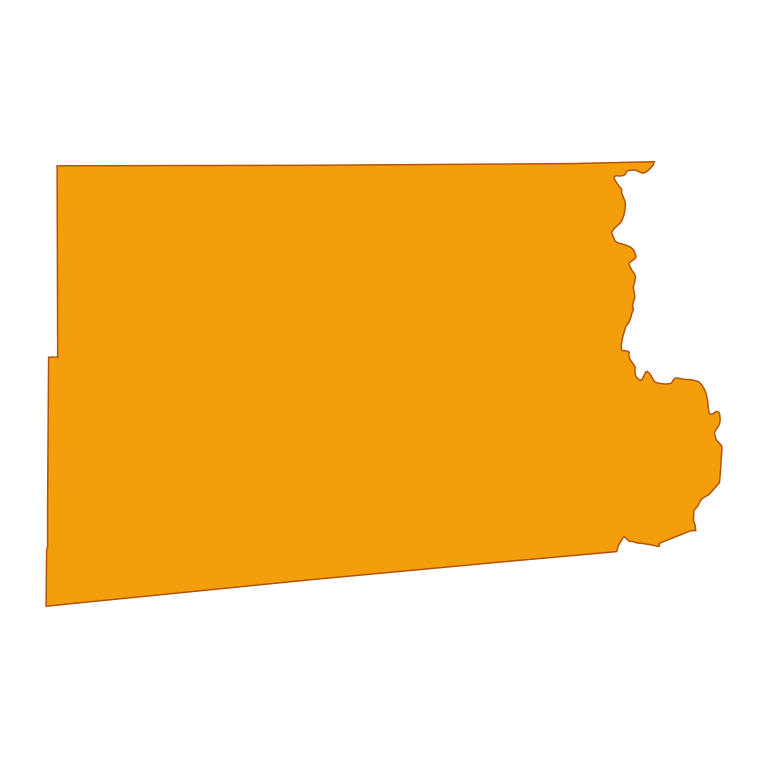 Imperial, California, United States of America (Equal Earth projection)
{"feature_id": "52423323B37240473864365", "entity_name": "Imperial", "entity_type": "district", "adm_level": 2, "iso_a3": "USA", "parent_name": "United States of America", "parent_adm1": "California", "projection": "equal_earth", "projection_center": [-114.69, 33.026], "detail": "fine", "context": "isolated", "style": "filled", "palette": "amber", "viewbox_px": 768, "rotation_deg": 0, "n_neighbors": 0, "source": "geoboundaries", "source_scale": "gbopen_adm2", "svg_char_len": 2536}
<svg xmlns="http://www.w3.org/2000/svg" viewBox="0 0 768 768"><path d="M654.4,161.7L570.9,163.6L310.1,165.3L57.1,165.8L57.7,357.1L48.6,357.2L47.6,505.0L47.6,547.3L46.6,550.0L46.1,606.3L70.6,603.7L309.8,579.8L500.8,562.0L616.5,551.6L617.3,550.0L618.0,546.6L618.6,545.2L622.2,539.1L623.7,536.9L624.2,536.9L625.0,537.3L629.1,541.2L631.0,541.3L633.3,541.8L634.0,542.0L637.9,543.1L641.5,543.3L652.2,545.0L658.1,546.4L659.2,546.3L659.2,545.7L659.6,543.2L690.7,530.7L695.7,530.6L695.1,525.0L693.7,521.2L693.4,519.8L693.7,516.7L693.7,512.0L694.1,510.7L694.9,509.2L697.7,506.2L698.4,505.2L698.6,504.1L700.4,500.9L702.5,498.2L708.0,495.1L708.3,495.0L709.1,494.4L716.6,486.0L719.5,482.5L720.9,466.3L720.8,463.9L721.8,451.5L721.9,448.2L721.6,446.2L721.3,445.4L717.5,441.3L716.3,439.6L715.3,437.1L714.5,433.3L714.6,432.3L715.5,430.4L717.3,427.9L718.7,425.6L719.4,423.8L719.9,421.8L720.1,419.4L719.9,416.0L719.4,413.1L718.6,412.1L716.5,411.5L714.7,412.3L714.3,413.2L711.3,414.4L710.7,414.4L709.6,413.4L709.0,412.0L708.4,408.8L707.8,402.6L706.7,395.8L705.5,391.9L704.1,388.7L702.0,385.2L700.5,383.5L699.9,382.9L698.4,381.6L697.0,381.1L690.9,379.7L684.8,379.4L677.2,378.0L675.8,378.0L674.5,378.7L673.2,380.2L671.8,382.6L670.9,383.3L669.8,383.6L665.2,384.1L657.9,383.1L655.0,381.9L654.0,381.0L651.6,376.7L649.4,373.2L648.5,372.4L646.7,371.3L645.5,372.4L643.0,377.7L641.9,379.5L641.0,380.1L640.0,380.1L638.9,379.5L636.5,377.2L635.4,375.1L634.8,372.0L635.1,366.8L629.9,359.2L629.0,356.4L628.9,354.8L629.2,352.7L629.0,352.1L627.6,351.2L626.7,350.9L624.1,350.8L622.6,350.5L621.9,349.9L621.3,348.3L621.3,344.8L622.0,340.5L623.0,335.9L625.8,326.4L628.6,322.7L629.8,320.4L630.9,317.2L631.8,313.3L633.0,310.9L633.3,309.1L632.6,305.4L633.1,302.7L634.5,299.0L634.7,296.8L634.7,295.3L633.5,289.1L633.3,287.0L634.4,283.0L635.3,278.4L635.4,276.3L635.0,275.0L633.5,272.4L631.6,269.9L628.9,264.2L628.8,263.6L629.4,262.7L635.0,258.6L636.0,257.0L635.9,255.9L634.0,250.7L632.5,248.8L631.0,247.5L626.8,245.4L623.4,244.3L620.0,243.5L617.2,242.5L615.7,241.5L615.0,240.9L611.7,233.1L611.7,232.2L612.3,231.3L614.9,227.8L620.1,223.2L621.3,221.6L622.4,219.3L624.2,214.2L625.4,205.8L625.3,203.6L624.9,201.1L621.5,192.7L621.7,190.5L621.6,189.5L621.1,188.6L619.0,186.3L615.2,180.6L614.2,178.7L614.1,177.7L614.2,177.2L614.8,176.4L616.3,175.7L620.1,176.0L623.8,175.4L625.5,174.0L625.9,173.4L626.0,172.3L626.3,171.7L629.5,170.2L635.2,170.0L641.6,172.9L643.9,172.9L645.2,172.5L647.8,170.8L651.1,167.6L653.4,164.6L654.4,161.7Z" fill="#f59e0b" stroke="#b45309" stroke-width="1.5"/></svg>